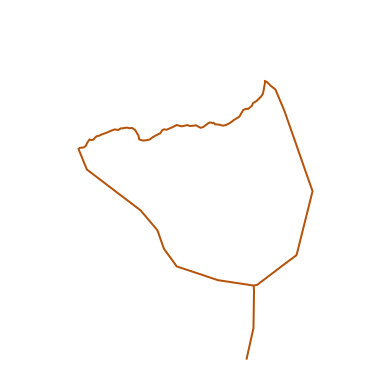 Shendi, River Nile, Sudan (Equal Earth projection), rotated 24°
{"feature_id": "16777658B52401836398535", "entity_name": "Shendi", "entity_type": "district", "adm_level": 2, "iso_a3": "SDN", "parent_name": "Sudan", "parent_adm1": "River Nile", "projection": "equal_earth", "projection_center": [33.672, 16.371], "detail": "fine", "context": "isolated", "style": "outline", "palette": "amber", "viewbox_px": 384, "rotation_deg": 24, "n_neighbors": 0, "source": "geoboundaries", "source_scale": "gbopen_adm2", "svg_char_len": 2813}
<svg xmlns="http://www.w3.org/2000/svg" viewBox="0 0 384 384"><g transform="rotate(24 192 192)"><path d="M213.6,61.1L214.4,63.1L216.3,71.0L216.8,73.2L216.5,75.0L216.2,77.2L215.7,77.9L215.6,78.5L213.8,82.9L212.0,85.3L211.6,86.0L211.6,89.1L211.2,89.9L209.5,93.2L207.2,94.3L205.4,96.5L204.9,101.3L204.7,103.7L200.9,109.4L200.5,110.0L199.7,111.7L197.8,114.6L197.1,115.4L195.8,117.0L195.1,117.5L194.4,118.1L193.6,118.6L191.4,119.2L189.9,119.3L187.8,119.9L185.5,120.8L183.6,120.0L182.9,120.6L181.5,120.8L180.9,120.9L180.1,121.3L178.7,122.8L176.0,127.8L175.3,128.6L174.8,129.0L173.8,129.8L173.1,129.8L171.8,129.7L168.5,129.5L167.0,130.4L165.5,131.3L164.7,131.8L163.5,132.4L163.0,132.6L161.7,132.7L160.5,132.8L156.8,135.5L155.7,136.3L153.5,136.6L150.9,137.0L148.9,139.4L147.0,141.6L143.3,145.6L141.2,146.0L140.4,146.7L139.7,147.6L139.1,151.4L138.3,152.2L135.9,155.1L133.6,158.3L132.1,161.2L129.0,163.4L127.1,164.5L125.9,165.1L124.8,165.1L122.7,165.4L122.2,165.3L121.4,164.1L120.2,162.3L116.4,159.6L114.6,158.5L112.5,158.1L111.1,157.8L109.2,159.1L108.0,159.3L107.0,159.5L105.6,160.1L103.7,161.3L102.8,162.1L101.5,162.5L101.0,163.0L99.3,165.4L96.0,166.2L92.2,169.9L90.0,172.5L87.7,174.6L85.7,176.6L85.0,177.7L82.2,179.9L81.1,182.3L80.7,184.3L79.0,185.4L77.0,185.8L76.4,188.7L76.1,193.5L74.7,195.5L71.7,197.2L70.8,198.8L71.1,199.1L71.3,199.3L72.1,200.1L72.3,200.3L73.0,201.0L73.8,201.7L74.2,202.1L75.8,203.7L76.7,204.5L82.8,210.4L84.3,211.8L84.7,212.2L86.8,214.2L89.7,214.9L100.3,217.4L116.8,221.3L123.5,222.9L146.2,228.2L150.4,229.2L151.8,229.6L153.3,229.9L153.7,230.2L154.0,230.5L154.6,230.8L154.9,230.9L157.3,232.0L159.2,232.9L161.6,234.1L165.0,235.7L175.9,241.0L179.0,244.2L186.5,252.2L189.5,255.3L197.1,259.7L208.4,266.2L233.5,263.7L237.6,263.3L239.0,263.2L251.5,262.0L252.9,261.6L254.1,261.3L255.8,260.8L258.4,260.1L266.4,257.9L282.0,253.6L286.4,252.4L288.9,257.2L289.3,258.1L289.5,258.6L293.0,266.8L299.6,282.2L303.5,291.3L309.9,323.0L305.9,303.2L303.5,291.3L299.6,282.2L293.0,266.7L292.5,265.7L290.8,261.7L289.5,258.6L289.3,258.1L288.9,257.2L286.4,252.4L286.8,252.1L289.5,250.1L290.9,247.3L294.9,240.2L295.6,238.8L300.1,230.7L301.3,228.4L302.6,226.2L303.4,224.6L304.5,222.5L304.6,222.4L305.2,221.4L306.0,219.9L306.2,219.6L306.6,218.8L307.0,218.2L307.3,217.7L308.1,216.1L308.8,214.9L309.4,213.8L309.5,213.7L309.7,213.4L309.8,213.1L310.0,212.9L310.3,212.3L310.6,211.8L310.7,211.6L310.9,211.3L310.9,211.2L311.0,211.0L311.1,210.9L311.2,210.7L311.3,210.5L311.4,210.4L311.5,210.1L311.6,209.9L311.9,209.4L312.0,209.3L312.1,209.1L312.2,208.9L312.3,208.8L312.3,208.7L312.5,208.5L312.6,208.2L312.7,207.9L313.0,207.6L313.0,207.4L313.1,207.2L312.8,205.0L309.4,185.5L301.8,142.2L297.2,137.4L271.4,110.0L267.5,105.8L243.3,80.2L226.5,64.4L220.9,63.0L215.7,61.0L213.6,61.1Z" fill="none" stroke="#b45309" stroke-width="2"/></g></svg>